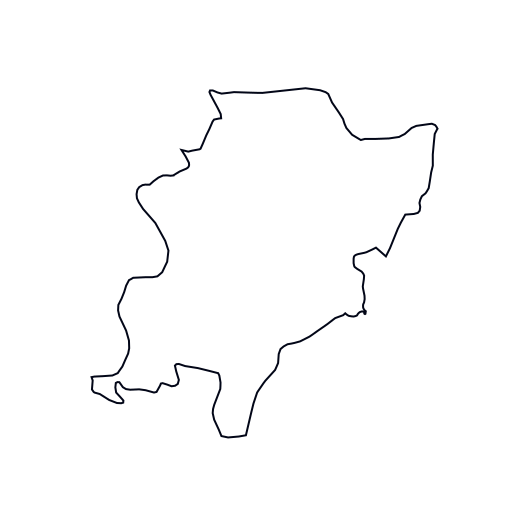 Phuoc Long, Bình Phước, Vietnam (Robinson projection), rotated 112°
{"feature_id": "81297802B44117863394749", "entity_name": "Phuoc Long", "entity_type": "district", "adm_level": 2, "iso_a3": "VNM", "parent_name": "Vietnam", "parent_adm1": "Bình Phước", "projection": "robinson", "projection_center": [107.01, 11.824], "detail": "fine", "context": "isolated", "style": "outline", "palette": "ink", "viewbox_px": 512, "rotation_deg": 112, "n_neighbors": 0, "source": "geoboundaries", "source_scale": "gbopen_adm2", "svg_char_len": 3336}
<svg xmlns="http://www.w3.org/2000/svg" viewBox="0 0 512 512"><g transform="rotate(112 256 256)"><path d="M426.0,198.2L402.7,201.8L393.6,203.1L382.2,203.8L380.6,203.5L371.1,201.4L368.1,200.6L361.6,198.2L354.5,195.6L351.4,195.5L347.0,195.4L343.6,196.5L338.4,198.2L333.1,198.4L329.5,196.5L326.0,193.7L323.9,190.3L322.2,187.8L318.7,183.2L317.7,182.3L310.7,176.2L308.3,174.6L302.8,171.1L292.4,164.3L286.9,161.1L283.9,159.3L278.2,153.0L275.7,151.8L276.1,150.7L276.5,149.2L276.7,148.0L276.7,147.3L276.1,144.6L275.5,142.7L275.1,142.2L274.4,141.2L273.4,140.2L272.8,140.0L271.7,139.9L270.3,139.4L269.1,138.7L267.8,137.2L267.5,136.5L267.4,135.4L267.6,134.7L268.1,134.3L268.7,134.1L269.0,133.7L269.0,133.2L268.6,132.9L268.1,133.0L267.8,133.1L266.1,133.5L265.8,134.5L265.3,135.6L264.3,136.8L263.4,137.5L261.5,138.3L260.6,138.5L258.6,138.4L255.3,139.1L252.2,140.5L246.0,144.6L244.2,145.6L237.1,147.3L233.7,148.4L232.2,149.9L230.9,152.2L230.8,152.7L230.0,157.5L229.2,160.4L228.5,161.2L226.1,162.8L221.9,164.5L220.0,164.9L218.9,164.7L217.8,164.0L216.8,163.0L215.9,161.9L212.5,156.8L211.1,155.0L206.5,150.7L203.3,147.9L207.7,135.4L198.6,134.7L187.3,134.7L177.7,134.7L170.9,134.2L161.7,133.1L157.9,125.4L155.4,122.1L152.7,121.2L149.0,122.1L145.6,124.3L142.1,124.8L138.4,124.6L134.4,122.3L132.0,121.8L128.4,121.3L121.7,122.8L112.9,124.9L106.0,125.9L95.7,130.1L84.1,133.6L75.9,136.0L70.2,135.5L70.0,135.4L68.5,137.2L67.5,139.0L67.5,142.5L69.1,145.4L75.3,156.1L79.0,159.7L87.2,163.8L89.8,166.1L92.0,167.9L97.2,176.8L102.8,189.3L106.6,198.8L109.2,202.3L107.6,212.3L103.5,220.1L100.2,223.5L96.4,226.6L91.9,232.9L85.2,243.0L78.7,249.7L78.0,252.8L78.3,258.7L81.9,272.9L102.4,311.2L104.2,315.8L107.4,324.4L112.3,337.8L114.4,341.5L118.3,348.7L118.8,353.0L118.7,358.0L119.7,360.6L121.4,360.6L123.5,358.6L133.1,347.0L137.6,341.9L141.4,339.9L142.4,341.8L145.2,346.0L147.6,346.6L155.9,346.8L162.7,347.3L172.0,347.4L177.3,347.6L178.2,348.3L182.2,354.6L184.6,357.9L185.6,364.8L190.1,358.5L194.7,353.1L196.7,352.1L198.0,351.9L199.4,352.2L201.0,353.2L206.2,358.4L211.7,362.5L212.1,362.5L212.9,364.0L213.6,365.3L214.6,368.8L216.2,372.4L219.8,375.8L225.0,379.0L228.3,380.6L229.7,381.3L231.3,385.4L232.8,387.8L235.9,390.1L239.1,390.8L243.4,389.9L247.1,388.0L250.2,384.7L254.7,378.3L259.8,368.2L263.1,361.7L274.3,347.9L276.0,345.8L283.8,339.2L294.6,336.2L299.1,336.5L306.2,336.9L309.7,338.7L311.8,339.8L314.4,344.0L317.0,350.4L322.2,361.7L324.7,363.6L325.9,364.7L332.1,365.3L338.9,364.7L346.1,364.7L352.9,365.3L358.1,363.5L363.3,359.9L373.8,348.5L382.0,342.1L389.1,339.0L394.4,338.0L401.3,338.3L408.6,338.5L413.9,339.8L416.4,340.3L420.6,344.4L424.7,352.8L428.3,360.6L429.9,363.1L432.6,360.8L441.2,358.1L442.9,355.5L443.1,354.5L442.5,349.1L444.5,338.2L444.4,329.9L443.0,325.8L441.7,324.2L439.7,324.8L437.6,329.0L435.0,334.5L430.5,337.2L426.2,338.4L424.8,337.2L424.2,335.4L427.5,330.3L428.1,326.7L427.1,322.5L423.4,314.4L421.8,308.1L420.8,299.4L419.3,297.3L412.1,296.4L409.9,296.4L408.9,295.0L408.5,290.1L408.4,285.5L406.6,282.4L403.9,280.6L399.8,281.1L392.9,286.7L388.0,290.1L386.1,289.3L385.0,287.1L384.6,280.5L381.7,267.9L380.0,256.1L378.9,247.7L378.8,247.2L380.6,245.2L386.6,241.5L389.8,240.3L392.7,239.3L409.6,239.0L413.9,238.5L417.9,237.3L423.4,233.5L430.9,225.5L435.9,220.6L434.7,213.9L429.8,204.3L426.0,198.2Z" fill="none" stroke="#020617" stroke-width="2"/></g></svg>